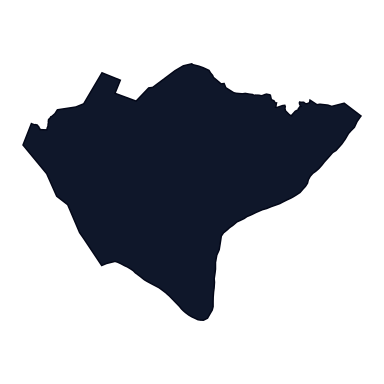 outline of Ihiala, Anambra, Nigeria
{"feature_id": "59680162B44242102017414", "entity_name": "Ihiala", "entity_type": "district", "adm_level": 2, "iso_a3": "NGA", "parent_name": "Nigeria", "parent_adm1": "Anambra", "projection": "albers", "projection_center": [6.885, 5.839], "detail": "fine", "context": "isolated", "style": "filled", "palette": "ink", "viewbox_px": 384, "rotation_deg": 0, "n_neighbors": 0, "source": "geoboundaries", "source_scale": "gbopen_adm2", "svg_char_len": 2842}
<svg xmlns="http://www.w3.org/2000/svg" viewBox="0 0 384 384"><path d="M191.8,63.8L183.3,65.8L175.0,70.7L168.6,75.5L152.7,87.4L148.7,87.9L136.1,101.1L115.0,93.3L120.3,80.2L102.0,72.8L83.7,103.8L75.8,107.0L57.4,109.8L54.9,113.7L52.4,115.9L51.5,116.6L50.8,116.8L49.8,118.5L48.6,119.4L48.3,121.4L48.4,122.2L48.4,123.2L48.1,123.9L48.0,126.2L47.3,127.7L46.8,129.8L44.5,129.8L40.1,129.6L39.7,128.5L39.0,127.8L39.0,127.2L37.9,125.9L37.2,125.0L36.6,124.9L35.6,124.6L34.4,124.8L33.6,124.4L33.2,124.4L31.4,123.6L23.0,145.0L46.7,173.7L56.7,196.2L67.7,204.7L79.6,232.6L83.9,238.8L101.7,265.5L106.5,263.5L115.0,261.4L117.7,262.2L121.1,263.8L124.6,265.7L127.3,266.9L131.1,269.2L133.4,270.8L135.3,272.8L139.5,275.9L144.4,279.8L147.1,281.4L152.1,284.1L155.0,285.6L159.0,287.7L163.2,290.8L166.2,293.1L167.2,294.1L169.3,295.9L172.7,299.4L175.7,302.5L176.4,303.2L179.5,306.4L181.4,308.8L183.3,310.7L185.6,312.7L186.2,313.1L188.7,315.0L189.2,315.3L192.1,317.0L194.8,318.2L197.9,319.7L200.6,320.1L203.6,320.2L203.9,320.0L207.5,318.2L208.0,317.3L209.9,314.0L212.2,310.1L213.1,306.7L213.1,301.6L213.2,297.3L213.6,291.9L214.1,288.1L214.5,282.2L214.2,278.7L215.0,273.3L215.5,269.1L215.5,262.1L215.8,260.9L216.0,259.6L216.8,255.1L218.5,251.3L219.2,249.7L220.0,244.7L220.8,239.6L221.3,236.1L223.3,233.1L223.6,232.7L224.2,232.3L227.5,229.6L229.5,227.7L233.3,225.0L236.9,221.9L240.5,220.3L241.1,220.0L244.2,218.5L246.9,216.6L250.8,215.0L251.6,214.6L251.9,214.5L255.9,212.5L262.4,209.7L266.7,208.5L271.3,206.6L275.6,205.1L279.8,203.6L282.6,202.1L287.2,199.8L290.7,198.2L293.1,196.9L293.4,196.7L295.9,195.2L296.5,194.8L300.0,192.5L302.0,190.2L303.1,188.9L304.6,187.3L305.5,186.3L307.5,183.2L308.3,179.8L309.7,177.2L310.2,176.3L312.6,173.6L312.8,173.4L313.0,173.2L315.7,171.3L318.8,168.6L321.9,165.1L324.3,162.0L328.1,157.8L332.0,153.3L332.9,152.4L336.0,150.5L341.8,144.0L345.3,139.0L348.5,133.5L350.9,130.8L354.4,127.3L357.1,121.5L360.3,116.9L361.0,116.0L344.2,103.2L331.7,106.4L327.9,105.1L319.8,104.2L317.0,104.7L310.0,100.1L309.5,102.7L306.8,103.8L305.5,103.6L304.6,103.1L303.8,102.3L302.8,102.2L302.1,102.3L300.9,102.3L299.7,102.0L299.4,102.6L299.5,103.9L300.6,106.2L300.8,106.4L300.0,106.5L299.2,107.7L298.4,108.5L298.3,109.7L295.3,111.2L291.7,115.2L291.6,115.9L290.6,115.5L289.1,114.5L285.5,110.8L284.9,108.2L285.3,106.7L284.8,105.3L282.4,105.6L281.3,106.0L277.8,107.2L277.2,107.4L275.6,107.3L275.9,106.3L276.5,102.9L275.5,103.0L274.9,102.4L274.6,101.8L273.8,100.6L272.3,100.2L271.2,99.0L270.4,95.3L269.9,94.8L266.5,94.1L265.0,94.5L262.2,95.6L261.1,95.7L259.0,95.2L255.3,95.1L254.2,95.4L252.6,94.5L249.3,94.1L245.3,93.4L242.4,93.8L236.3,93.3L233.7,92.7L225.8,87.7L224.1,83.5L221.1,83.9L216.8,80.2L213.4,77.4L212.6,75.4L210.5,72.9L209.0,70.4L205.8,68.9L203.2,67.7L198.7,66.1L193.8,64.9L192.7,64.6L191.8,63.8Z" fill="#0f172a" stroke="#020617" stroke-width="1.5"/></svg>